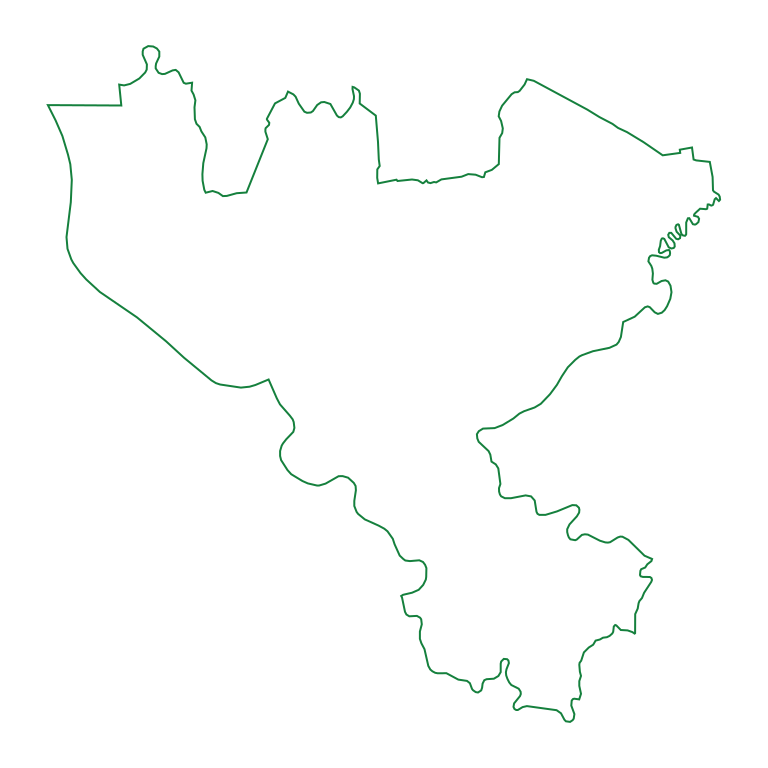 Go Quao, Kiên Giang, Vietnam (Robinson projection)
{"feature_id": "81297802B76509043653809", "entity_name": "Go Quao", "entity_type": "district", "adm_level": 2, "iso_a3": "VNM", "parent_name": "Vietnam", "parent_adm1": "Kiên Giang", "projection": "robinson", "projection_center": [105.33, 9.72], "detail": "fine", "context": "isolated", "style": "outline", "palette": "green", "viewbox_px": 768, "rotation_deg": 0, "n_neighbors": 0, "source": "geoboundaries", "source_scale": "gbopen_adm2", "svg_char_len": 6065}
<svg xmlns="http://www.w3.org/2000/svg" viewBox="0 0 768 768"><path d="M71.3,259.4L73.3,263.1L80.6,273.2L86.2,279.4L99.9,292.0L136.9,317.3L166.2,341.4L184.1,357.8L211.5,380.4L215.9,383.1L220.1,384.5L240.9,387.6L249.6,386.7L255.4,385.0L268.6,379.5L276.8,398.3L280.0,404.4L289.9,415.7L292.7,419.4L293.7,422.1L294.4,427.9L293.3,431.9L286.3,439.2L283.0,443.4L281.7,445.6L280.1,451.0L280.1,456.0L281.1,460.1L287.5,470.1L291.2,474.2L302.4,481.0L307.8,483.4L316.9,485.5L319.2,485.5L325.6,483.6L338.6,476.2L342.6,476.1L348.1,477.7L353.8,482.9L355.6,486.0L355.9,490.2L354.3,500.9L354.3,506.0L356.6,511.9L358.1,513.9L364.8,519.4L378.6,525.6L384.3,528.7L387.5,531.3L392.8,538.8L394.6,544.3L399.7,555.6L403.3,559.0L405.3,560.5L409.9,561.1L419.3,560.3L423.0,562.0L425.1,564.8L426.4,568.1L426.2,577.0L425.8,579.6L423.2,584.9L418.7,589.8L412.1,592.7L403.1,594.8L401.2,596.0L402.0,597.4L405.0,611.8L406.4,614.5L409.3,616.3L416.9,615.9L420.1,617.7L421.2,619.3L421.8,624.3L419.9,631.5L419.9,638.9L421.4,643.3L424.5,649.2L428.3,665.9L430.3,669.5L432.4,671.3L435.2,672.8L437.8,673.3L446.4,673.2L458.3,679.6L467.0,680.9L469.9,683.2L472.0,688.9L473.0,690.2L475.7,692.1L478.0,692.5L481.2,690.4L482.1,687.7L482.6,683.6L484.3,680.2L486.6,679.2L493.9,678.7L498.4,676.0L500.7,672.1L500.7,663.7L501.2,661.5L503.8,658.9L507.1,659.2L508.4,660.5L508.9,663.1L506.5,669.2L505.9,672.2L506.2,675.4L507.4,678.8L509.2,682.4L511.3,685.0L518.7,688.7L520.6,691.7L520.8,694.0L520.0,696.1L514.1,703.4L513.5,706.9L514.5,709.0L516.2,710.0L517.8,710.0L522.6,707.1L526.9,706.1L556.6,710.2L561.0,713.3L564.4,719.7L565.9,721.3L570.1,721.9L572.6,720.2L573.7,718.7L574.4,714.1L571.3,705.6L571.7,700.6L572.9,699.1L574.2,698.7L579.2,699.4L581.0,693.8L579.3,685.9L579.3,681.1L581.0,675.9L579.9,671.8L579.3,664.8L579.6,662.8L581.2,660.7L583.9,652.4L588.8,647.5L593.2,644.7L595.6,640.6L599.9,639.5L603.0,637.7L606.9,637.2L609.6,635.9L612.3,633.5L613.2,631.8L613.8,626.5L615.2,625.0L616.3,625.4L620.8,630.0L627.6,630.4L632.4,632.1L634.6,633.6L635.1,633.2L635.2,614.1L637.7,608.6L638.6,603.2L639.4,601.1L642.0,598.0L644.1,592.8L651.3,581.8L652.0,579.9L651.4,578.0L649.9,577.0L642.8,576.9L640.7,576.3L640.0,575.0L640.4,570.8L641.2,569.2L645.2,567.5L647.3,564.3L651.4,561.1L652.1,559.0L644.5,555.7L628.4,539.9L622.4,536.7L620.2,536.6L617.6,537.5L610.1,542.2L607.9,542.6L605.3,542.4L599.9,540.7L587.9,534.6L584.9,534.3L581.9,534.9L576.7,539.6L575.2,540.2L570.4,539.3L568.9,537.5L568.0,535.3L567.2,532.1L567.2,529.2L569.5,524.4L576.9,516.3L579.1,512.6L579.4,509.8L578.9,507.7L576.3,505.3L572.3,505.1L557.0,511.4L545.4,514.9L539.4,514.9L537.5,513.8L536.5,511.8L534.7,500.5L531.1,496.4L525.6,495.4L511.0,498.2L504.9,498.2L501.1,496.3L499.9,494.4L499.1,491.6L499.0,488.1L500.4,484.0L498.3,468.4L495.8,464.4L491.5,461.6L490.3,454.6L488.6,451.1L478.7,441.8L477.3,438.4L476.9,434.2L478.8,431.2L483.0,428.6L494.6,428.1L502.7,425.0L513.4,418.5L519.4,413.6L524.1,411.2L534.6,407.5L540.8,403.8L550.0,394.2L556.9,384.9L561.9,376.2L567.8,367.3L575.2,359.9L579.4,356.5L582.0,355.2L593.0,351.2L609.5,347.8L616.5,344.6L618.7,342.0L620.9,337.0L623.2,322.0L634.7,316.7L644.9,307.3L647.7,306.4L649.8,307.2L654.7,312.3L657.9,313.9L661.8,312.7L664.6,310.1L667.1,306.2L670.3,298.8L671.5,292.2L670.5,285.7L668.2,281.6L665.5,280.3L661.6,281.0L656.7,283.8L654.2,283.6L653.3,282.8L652.4,279.8L652.9,273.5L652.3,268.7L651.3,265.9L648.4,261.4L649.0,257.8L650.2,256.1L652.1,255.3L656.2,255.7L664.3,257.7L667.0,257.4L668.5,256.5L669.8,255.1L670.1,253.1L669.8,251.1L669.0,250.0L666.3,250.4L661.8,252.9L660.1,253.1L659.0,252.2L658.8,249.8L660.1,246.1L660.8,240.7L661.8,238.6L662.9,238.3L664.3,238.9L668.7,247.3L671.3,248.5L673.7,248.0L674.7,246.6L674.5,243.4L672.7,240.5L668.8,237.2L668.2,234.8L669.3,232.9L671.3,232.9L676.2,238.8L678.1,239.3L680.0,238.2L680.4,235.7L676.6,231.7L675.5,228.3L675.5,227.0L676.5,224.9L678.1,224.3L678.9,224.8L681.4,233.9L682.9,235.4L685.0,235.8L686.1,234.6L686.2,233.6L686.2,222.5L687.9,218.3L689.3,218.2L692.9,224.2L695.0,224.6L696.2,224.1L698.4,222.1L699.1,218.8L697.9,216.8L694.0,215.7L694.2,214.4L695.7,212.7L700.1,208.7L706.0,209.2L707.2,208.7L707.7,204.5L708.9,204.4L711.2,205.6L712.5,205.2L713.1,204.7L714.7,199.3L716.0,198.1L718.9,201.0L720.1,199.7L719.7,196.6L718.6,194.6L713.9,191.6L713.0,190.3L712.6,177.0L709.8,161.9L696.2,160.4L693.6,159.5L692.0,147.5L679.8,149.7L680.2,152.9L662.7,155.3L643.6,142.2L627.0,132.1L618.0,127.9L612.5,123.9L599.5,117.1L587.3,109.6L533.8,80.8L527.0,79.2L524.6,84.5L519.6,90.9L517.8,92.1L514.6,92.3L511.6,94.2L502.1,105.7L499.4,111.5L498.7,116.3L501.1,121.0L502.8,128.4L502.2,133.1L499.5,137.8L498.8,164.1L491.8,169.9L485.3,172.3L483.9,177.0L482.0,177.2L475.6,174.7L468.2,174.1L461.6,176.7L441.4,179.4L436.2,182.4L434.0,182.0L430.5,183.1L428.0,182.5L426.5,180.4L423.4,183.1L422.6,183.2L417.9,180.3L412.0,179.5L397.5,181.0L396.5,179.7L378.1,183.4L377.2,177.9L377.3,169.4L379.7,166.0L378.8,159.5L378.0,142.0L375.8,115.6L359.7,103.5L359.9,93.7L358.9,90.6L354.3,87.4L352.6,86.9L352.5,89.0L354.0,96.2L353.9,99.1L352.8,102.6L350.2,107.5L346.9,111.8L342.7,116.3L340.8,117.4L338.7,117.1L336.9,115.5L330.4,104.0L324.3,102.0L321.1,102.3L317.2,105.0L312.9,111.1L310.8,112.5L307.0,112.8L304.4,111.7L298.8,103.7L295.6,96.7L293.4,94.4L288.0,91.6L285.3,97.9L275.0,103.4L266.9,118.8L266.9,119.5L269.3,122.8L269.0,124.9L265.7,128.1L265.4,129.2L265.4,131.7L267.8,139.2L246.5,192.5L236.7,193.2L226.9,195.9L222.9,196.1L218.4,192.9L212.6,191.0L205.7,192.7L204.3,189.8L202.6,180.8L202.4,174.2L203.3,163.1L206.5,148.3L206.7,144.4L205.3,137.4L201.4,131.4L199.6,126.9L196.5,123.8L194.9,119.2L194.5,107.3L195.4,100.3L193.6,94.5L191.5,90.6L192.1,82.7L185.9,83.7L183.7,82.8L178.6,72.3L175.7,69.9L172.6,70.4L164.9,73.9L162.1,74.1L158.6,72.8L155.7,68.4L155.7,66.1L156.1,63.5L159.3,56.6L159.3,51.6L156.9,48.5L153.2,46.5L148.2,46.1L143.5,48.7L142.7,51.4L142.7,54.8L146.9,64.4L146.7,69.6L145.2,72.5L139.3,78.5L130.2,83.9L124.1,85.4L119.2,84.6L121.3,105.5L47.9,105.1L55.6,120.4L62.4,136.0L68.0,154.7L70.3,164.2L71.8,179.9L70.8,202.2L66.5,237.1L67.5,248.8L71.3,259.4Z" fill="none" stroke="#15803d" stroke-width="2"/></svg>